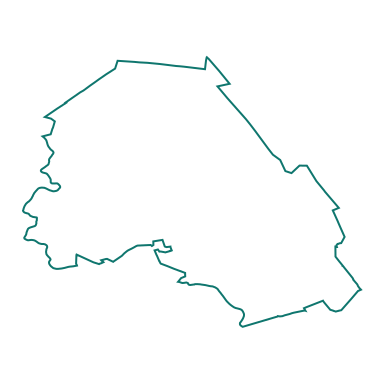 Mazsalacas pag., Mazsalacas, Latvia (Equal Earth projection)
{"feature_id": "27541924B83250469425555", "entity_name": "Mazsalacas pag.", "entity_type": "district", "adm_level": 2, "iso_a3": "LVA", "parent_name": "Latvia", "parent_adm1": "Mazsalacas", "projection": "equal_earth", "projection_center": [25.052, 57.893], "detail": "fine", "context": "isolated", "style": "outline", "palette": "teal", "viewbox_px": 384, "rotation_deg": 0, "n_neighbors": 0, "source": "geoboundaries", "source_scale": "gbopen_adm2", "svg_char_len": 5789}
<svg xmlns="http://www.w3.org/2000/svg" viewBox="0 0 384 384"><path d="M341.3,310.2L351.5,298.6L358.0,291.0L361.0,289.7L360.2,288.8L359.8,288.5L359.4,288.0L358.3,286.5L357.9,285.9L357.4,284.6L357.2,284.3L353.4,279.9L353.5,279.8L352.8,278.3L351.8,277.0L348.1,272.4L344.4,267.8L343.1,266.1L342.5,265.9L342.5,265.4L340.4,262.8L339.4,261.6L335.7,256.9L335.5,256.6L335.4,246.8L335.4,246.7L336.6,247.0L336.9,247.0L336.4,245.5L336.4,245.4L337.5,244.0L337.8,244.1L339.5,243.3L341.2,243.1L344.6,236.9L340.2,227.0L338.2,222.4L337.8,221.4L332.8,210.4L338.8,207.9L324.7,191.4L324.3,190.7L316.4,181.1L306.9,165.7L299.5,165.6L291.5,173.1L285.4,171.1L280.2,160.0L272.9,154.7L268.3,148.8L255.2,131.0L250.0,124.2L245.9,119.1L227.5,98.3L217.5,86.4L229.6,83.8L219.0,70.8L208.5,58.7L207.2,57.7L206.8,57.2L206.7,57.3L206.0,60.6L205.0,69.2L184.1,66.7L180.1,66.3L176.1,66.0L166.4,64.8L159.8,64.0L147.3,62.8L139.6,62.4L134.3,61.9L117.6,60.8L115.1,68.6L106.2,74.3L99.1,79.2L94.4,82.6L90.4,85.4L83.5,90.5L80.3,92.3L65.5,102.6L66.0,102.9L57.2,108.6L44.9,117.0L51.0,118.6L54.8,121.4L53.0,127.6L52.4,128.8L50.7,134.3L47.9,135.0L42.6,136.4L43.7,137.3L44.1,137.6L45.7,139.4L46.1,140.0L46.3,140.3L46.5,140.8L46.7,141.6L46.9,142.1L47.1,142.7L47.2,143.3L47.4,144.0L47.8,145.2L48.4,146.5L49.5,147.9L49.8,148.4L50.1,148.8L51.2,149.9L51.8,150.4L52.3,150.7L52.8,151.2L53.1,151.7L53.4,152.1L53.5,152.5L53.3,153.4L53.1,153.8L52.2,154.9L51.5,156.1L50.9,156.8L50.4,157.4L49.4,158.8L49.2,159.2L49.1,159.6L49.0,160.2L49.2,161.1L49.2,161.6L48.8,163.0L48.6,163.9L48.4,164.3L48.0,164.8L47.5,165.2L45.9,166.3L45.6,166.6L44.2,167.6L42.1,169.0L41.3,169.7L41.0,170.1L40.9,170.4L40.9,171.0L41.2,171.5L41.5,171.8L41.9,172.1L43.0,172.6L44.7,173.0L46.1,173.4L46.5,173.6L46.9,173.8L47.0,174.0L47.6,174.6L47.9,175.0L48.4,175.6L50.2,178.4L50.5,179.1L50.7,179.7L50.7,181.5L50.8,182.5L51.3,183.0L51.7,183.3L52.2,183.4L53.0,183.5L56.4,183.4L57.1,183.4L57.6,183.6L58.4,184.2L59.4,185.3L59.8,185.8L60.0,186.2L60.2,187.0L60.1,187.4L59.9,187.8L58.7,189.0L58.1,189.8L57.5,190.3L56.5,190.8L54.6,191.2L53.2,191.3L52.1,191.0L50.9,190.6L49.8,190.3L48.1,189.5L46.4,188.6L44.4,187.8L43.0,187.7L41.9,187.6L41.0,187.7L40.3,187.8L39.7,187.9L38.5,188.4L38.1,188.7L37.5,189.3L36.9,190.0L35.6,191.4L34.5,192.8L34.0,193.4L33.9,193.8L33.6,194.3L33.1,195.2L32.6,196.5L32.2,197.0L31.8,197.9L31.5,198.5L30.8,199.4L29.8,200.5L28.7,201.6L28.2,201.9L27.8,202.1L27.4,202.5L26.4,203.4L26.0,203.8L25.8,204.1L24.7,205.9L24.2,207.0L24.0,207.6L23.6,208.6L23.4,209.8L23.2,210.1L23.0,210.6L23.1,210.9L23.3,211.4L23.6,211.7L24.2,212.3L25.2,212.8L26.3,213.1L26.9,213.3L27.5,213.4L27.9,213.5L28.5,213.8L29.0,214.2L30.0,215.5L30.3,215.8L31.7,216.4L32.4,216.7L33.2,217.0L34.2,217.1L35.2,217.3L35.7,217.3L36.7,217.5L36.9,217.8L36.9,218.6L36.9,219.1L36.8,219.6L36.8,220.3L36.8,220.5L36.4,221.3L36.3,221.7L36.3,222.3L36.4,223.2L36.1,224.3L35.7,225.3L35.5,225.5L35.3,225.7L34.7,226.1L30.5,227.4L28.9,228.1L28.4,228.5L28.0,228.9L27.7,229.5L26.7,232.0L26.4,233.1L26.3,234.1L26.1,234.6L25.8,235.2L24.6,237.1L24.3,237.6L24.3,237.9L24.3,238.0L24.5,238.6L24.9,238.9L25.9,239.5L27.3,240.1L28.1,240.3L29.6,240.1L30.3,240.0L31.6,239.9L32.4,240.0L33.7,240.2L34.7,240.5L35.9,241.2L36.8,241.8L38.0,242.7L39.0,243.3L40.0,243.6L40.8,243.8L41.7,244.0L43.7,244.0L44.4,244.2L45.2,244.4L46.4,245.2L46.8,245.6L47.0,246.0L47.2,246.9L47.1,247.6L46.8,248.3L46.5,249.0L46.4,249.3L46.3,250.4L46.1,251.2L46.1,252.3L46.3,253.3L46.4,254.1L47.0,255.1L47.4,255.5L48.3,256.6L49.3,257.5L49.9,258.2L50.4,259.0L50.5,259.2L50.5,259.6L50.2,260.2L49.2,261.5L49.0,262.6L49.1,263.1L49.2,263.7L49.7,264.6L50.1,265.2L51.0,266.3L52.9,267.8L53.3,268.1L54.0,268.3L56.0,268.8L56.7,268.9L57.8,268.9L59.7,268.7L61.6,268.5L62.6,268.3L64.6,267.9L68.3,266.9L70.1,266.6L72.4,266.4L73.3,266.3L77.0,265.6L76.9,265.2L76.1,263.7L76.4,255.3L77.2,255.4L77.1,254.8L93.4,262.3L99.1,264.1L99.7,263.7L101.1,263.3L103.4,262.2L101.9,260.9L102.1,260.8L101.4,260.2L105.9,259.0L107.1,258.9L113.2,261.8L113.8,261.3L115.0,260.5L121.6,256.0L122.0,255.7L124.2,253.4L126.5,251.5L127.7,250.6L128.5,250.2L129.2,249.8L131.5,248.7L134.1,247.3L136.0,246.2L137.4,245.6L146.1,245.2L150.7,245.0L151.9,246.0L153.4,245.0L153.3,241.4L162.5,239.9L164.7,246.3L164.9,246.5L165.1,246.7L166.6,247.1L170.4,246.6L170.4,246.9L170.7,247.8L171.5,249.9L171.7,250.4L170.2,250.8L170.3,251.0L165.3,252.4L165.0,252.3L160.6,251.5L159.4,251.6L157.9,249.5L154.6,250.4L156.5,254.9L157.0,255.8L159.3,261.2L159.5,261.2L160.3,263.0L160.7,263.6L167.6,266.2L174.5,269.0L185.1,272.9L185.2,276.4L181.1,278.1L179.1,280.6L178.9,280.9L178.1,281.8L179.4,282.0L181.3,282.7L182.3,283.0L183.9,282.9L185.1,282.7L186.3,282.5L187.2,282.8L188.1,283.3L188.2,283.8L188.4,284.3L189.1,284.8L190.2,285.0L192.5,284.7L193.5,284.5L194.3,284.5L194.8,284.2L195.9,284.1L197.0,284.1L198.5,284.2L200.2,284.3L201.1,284.5L205.4,285.1L207.2,285.5L208.9,285.9L210.5,286.2L212.6,286.4L215.2,287.4L216.5,288.2L217.6,289.0L218.9,290.9L220.8,293.2L221.5,294.2L222.8,295.8L224.1,297.6L225.8,300.0L226.8,301.3L229.4,303.9L231.1,305.3L232.5,306.3L234.0,307.3L235.6,308.0L237.3,308.4L239.6,309.0L240.2,309.2L241.3,309.7L241.6,309.9L242.2,310.5L242.6,311.1L243.0,311.7L243.3,312.4L243.8,313.5L244.0,314.3L244.0,315.0L243.9,316.1L243.1,318.2L242.4,319.5L240.9,321.8L240.4,322.4L240.0,322.9L239.9,323.9L240.0,324.3L240.0,324.5L240.5,325.3L241.0,325.7L242.0,326.4L242.7,326.8L277.6,316.5L277.8,316.1L279.1,316.3L280.0,316.4L280.9,316.3L282.2,316.2L283.1,315.9L284.7,315.3L289.7,314.0L291.9,313.2L293.8,312.7L303.6,310.7L304.5,310.6L305.1,310.6L305.4,310.7L304.0,308.2L306.1,307.3L323.0,300.7L323.3,301.3L324.7,303.1L330.3,309.8L331.4,310.1L333.1,310.6L333.3,310.8L335.1,311.3L335.5,311.5L336.0,311.5L337.4,311.1L338.1,311.0L338.4,310.8L339.2,310.7L340.1,310.4L340.5,310.4L341.3,310.2Z" fill="none" stroke="#0f766e" stroke-width="2"/></svg>